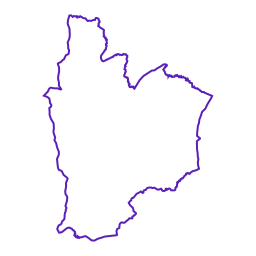 the district of Na Yung, Udon Thani, Thailand
{"feature_id": "78962969B67652065328847", "entity_name": "Na Yung", "entity_type": "district", "adm_level": 2, "iso_a3": "THA", "parent_name": "Thailand", "parent_adm1": "Udon Thani", "projection": "natural_earth1", "projection_center": [102.174, 17.939], "detail": "fine", "context": "isolated", "style": "outline", "palette": "violet", "viewbox_px": 256, "rotation_deg": 0, "n_neighbors": 0, "source": "geoboundaries", "source_scale": "gbopen_adm2", "svg_char_len": 5671}
<svg xmlns="http://www.w3.org/2000/svg" viewBox="0 0 256 256"><path d="M212.1,95.9L204.5,92.7L203.9,92.0L201.7,92.0L201.2,91.2L200.2,90.8L199.6,89.8L199.1,89.8L197.7,88.5L197.4,88.7L197.1,88.4L196.5,88.4L196.2,88.6L195.0,87.7L194.6,87.8L194.2,87.0L194.0,87.3L192.4,87.1L192.2,86.4L192.4,85.7L192.1,85.1L192.1,83.6L191.7,83.0L189.5,82.6L189.3,81.9L189.6,81.2L188.1,80.7L188.0,79.8L187.6,80.1L187.3,80.0L186.8,80.6L186.1,80.4L186.0,79.8L186.3,79.2L185.9,79.4L185.9,78.9L185.5,77.9L184.1,77.7L183.3,76.8L182.1,77.5L181.2,76.3L180.9,76.9L180.2,76.4L180.0,77.0L179.4,76.6L179.0,77.1L178.0,75.9L177.5,76.0L177.2,75.1L176.8,75.3L176.3,75.3L176.0,75.9L175.7,75.8L175.6,75.3L175.2,75.4L174.9,76.2L174.4,76.8L173.8,76.5L172.3,77.0L171.8,76.2L171.3,76.5L170.8,75.6L170.1,75.9L169.8,75.5L169.5,75.9L168.9,75.4L168.5,76.1L168.5,75.4L168.0,75.1L167.9,74.6L167.8,75.2L167.3,75.4L166.8,74.6L165.9,74.6L165.1,73.1L164.9,71.9L163.3,69.7L163.7,69.3L163.7,68.9L164.0,68.5L164.6,68.2L164.7,67.7L165.2,67.3L165.2,66.6L165.6,66.3L166.4,66.3L166.9,65.4L166.6,64.7L165.1,64.3L163.6,64.4L160.6,66.5L157.1,68.4L154.6,70.3L151.8,70.6L143.6,75.9L139.6,80.2L134.4,88.7L134.0,88.4L134.4,87.4L133.5,86.7L132.7,86.6L132.8,87.0L132.4,87.2L131.5,86.6L130.8,87.0L130.5,86.8L130.2,87.1L129.7,87.0L129.0,85.4L129.6,84.2L128.8,84.0L128.6,81.9L128.1,81.9L127.8,81.2L128.1,79.5L127.6,78.5L127.9,78.4L127.9,78.1L127.4,77.7L126.6,77.7L126.4,77.1L125.8,77.1L124.4,76.5L124.2,75.9L124.2,75.2L124.8,74.1L125.1,72.6L125.5,72.4L125.7,71.5L125.5,71.0L125.7,70.5L125.4,69.7L124.5,69.2L125.0,67.0L125.6,66.4L125.1,66.0L125.0,65.2L126.0,64.2L126.1,63.3L126.7,62.9L127.2,61.4L127.3,60.7L126.7,59.9L126.5,58.7L127.3,57.2L127.1,57.0L127.3,55.8L126.3,55.1L126.0,54.3L125.6,54.2L124.8,54.5L123.4,53.9L123.1,54.1L122.7,54.9L121.5,55.1L120.0,54.6L119.5,54.8L119.0,54.4L118.3,54.1L117.5,54.5L117.2,54.3L116.5,55.1L116.0,54.7L115.5,55.2L115.0,55.2L113.6,56.0L113.3,56.7L112.8,56.7L112.4,57.1L111.4,57.3L109.6,58.5L108.3,58.8L107.5,59.5L106.5,59.6L106.1,60.1L103.4,61.3L102.2,60.9L101.1,58.8L100.9,57.3L101.1,55.7L104.5,51.0L104.6,50.4L105.3,50.0L105.4,49.5L106.0,49.1L105.9,48.0L106.7,45.7L105.9,45.0L106.0,43.9L106.9,43.3L106.6,40.9L106.9,39.8L106.5,39.1L105.8,39.4L105.5,37.6L104.8,37.7L104.4,36.7L103.7,36.4L104.1,35.4L103.7,33.9L103.9,32.8L103.6,32.2L104.0,30.5L103.8,29.8L100.2,27.5L98.2,25.9L98.8,25.0L98.5,24.1L98.6,23.4L99.4,22.5L99.7,21.5L99.6,21.2L98.8,20.7L98.6,18.8L96.9,18.0L96.1,17.9L95.5,18.3L95.1,19.9L93.3,20.0L91.1,20.9L89.3,20.6L87.8,21.0L86.7,20.1L85.6,18.4L83.5,18.2L82.1,17.4L81.6,16.9L80.6,16.7L80.2,16.3L79.6,17.0L79.1,16.6L78.1,16.7L77.5,17.6L77.1,17.5L76.7,16.2L75.6,16.5L74.8,16.1L73.5,16.2L72.7,16.9L71.2,15.4L69.4,15.5L68.0,20.2L67.7,23.1L67.8,24.1L69.5,28.7L69.8,35.3L69.4,38.4L67.7,42.4L68.2,45.8L68.2,48.4L69.1,50.2L68.7,53.5L68.2,54.2L66.2,55.1L65.8,55.4L64.0,59.2L62.4,60.3L60.9,62.1L58.5,63.0L57.8,63.9L59.1,67.6L59.1,71.4L58.1,77.2L58.1,78.8L59.0,82.8L58.9,85.6L61.1,89.2L60.4,89.5L57.5,88.3L54.0,88.3L51.1,87.7L50.3,87.8L49.2,88.7L47.8,91.6L43.9,95.7L47.4,97.0L49.3,98.5L49.8,100.6L49.9,102.7L51.3,104.9L51.1,106.3L50.7,106.9L49.3,108.0L49.6,111.6L49.6,114.9L51.0,119.0L53.6,123.3L53.9,128.4L53.5,131.1L53.5,132.2L53.9,133.9L55.2,137.5L54.5,139.7L54.6,140.4L56.1,143.1L57.2,147.7L58.8,151.6L58.9,153.4L58.7,155.0L57.0,158.9L57.8,166.6L58.2,168.4L58.7,169.5L59.2,170.0L60.3,170.3L61.9,171.3L63.6,174.9L66.8,177.5L67.6,178.5L67.5,179.3L66.0,182.9L66.1,186.7L65.2,191.3L65.5,194.1L67.1,196.5L67.3,197.7L66.9,201.1L65.6,205.4L65.6,206.5L66.5,208.0L65.7,209.7L65.9,210.8L65.0,212.7L64.6,215.6L64.6,217.5L64.2,219.3L62.1,221.5L61.4,223.7L60.5,224.5L58.6,225.5L57.3,228.7L57.4,229.6L57.9,230.3L59.1,232.7L61.8,232.2L66.6,228.4L67.7,227.9L69.7,227.6L70.5,228.3L71.7,228.6L73.1,230.3L73.8,230.4L74.4,231.4L74.9,231.7L74.7,232.9L75.3,233.3L75.4,233.9L74.9,234.1L74.9,234.6L74.6,234.7L74.3,235.3L75.7,236.8L76.1,236.3L76.9,237.1L77.2,236.8L77.3,237.7L78.5,237.8L78.4,237.2L78.6,237.4L78.8,237.1L79.4,237.8L79.9,237.4L81.4,237.3L85.3,236.1L86.3,236.5L88.7,238.1L91.5,240.3L93.5,240.6L94.9,240.4L97.4,238.9L103.1,237.2L104.5,236.6L116.8,235.2L117.0,234.7L116.5,231.7L116.9,229.5L117.2,229.0L119.3,228.0L119.6,224.5L120.2,223.4L121.5,222.4L124.0,222.8L124.9,222.5L126.1,221.3L129.0,219.0L129.3,218.3L132.3,218.3L132.4,218.0L132.4,216.6L133.6,216.0L134.1,215.2L135.2,214.7L135.9,213.8L136.0,213.4L135.8,212.9L133.6,211.2L133.2,208.9L132.7,207.6L130.2,205.4L128.7,202.8L130.5,200.7L131.2,200.4L131.5,198.8L131.8,198.2L133.5,197.7L136.5,193.9L139.3,192.5L140.8,191.5L142.7,193.0L143.4,192.5L143.4,191.2L144.2,190.2L145.7,190.0L146.8,188.4L147.5,187.9L149.4,187.5L151.4,187.6L152.3,188.1L154.4,187.7L157.1,189.4L157.8,189.5L159.0,189.6L160.9,188.7L161.7,189.4L162.0,190.3L162.9,191.0L164.7,190.9L165.5,189.9L165.8,188.8L166.8,188.8L167.1,189.7L169.1,188.5L169.6,188.6L170.4,189.1L171.1,190.3L174.7,190.3L175.3,189.7L175.5,187.6L175.8,187.2L176.4,187.2L177.1,186.0L176.9,184.7L177.5,183.4L177.2,183.1L177.1,182.4L177.6,182.0L178.3,182.1L178.6,181.4L179.8,181.1L180.1,180.8L179.7,180.4L180.0,180.3L180.4,179.4L181.1,179.2L181.3,178.8L182.0,178.6L182.2,178.2L182.8,178.3L183.8,177.0L184.0,176.3L185.2,175.5L185.6,174.8L186.3,174.5L186.5,174.0L186.0,174.0L186.0,173.7L186.4,173.4L187.0,173.5L187.9,172.9L188.6,173.6L189.4,173.9L190.0,173.5L190.3,172.8L192.6,171.2L195.8,170.4L199.0,168.8L198.2,165.8L197.8,162.8L198.4,158.8L197.9,157.4L197.6,153.0L197.0,149.0L196.9,141.4L197.2,140.8L199.9,138.8L200.0,138.4L197.1,135.9L197.1,133.6L197.9,126.0L198.9,123.2L199.4,119.5L201.3,114.6L201.6,113.1L202.4,111.5L204.9,109.2L205.7,108.0L207.5,104.1L211.2,98.1L212.1,95.9Z" fill="none" stroke="#5b21b6" stroke-width="2"/></svg>